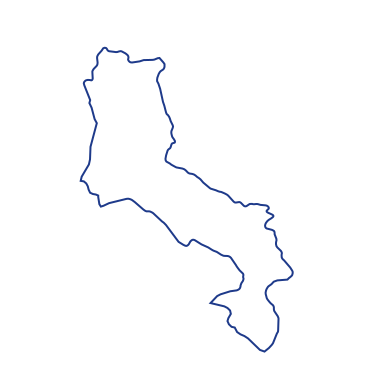 an SVG outline of Lamphun, rotated 314°
{"feature_id": "THA-392", "entity_name": "Lamphun", "entity_type": "Province", "adm_level": 1, "iso_a3": "THA", "parent_name": "Thailand", "parent_adm1": "", "projection": "robinson", "projection_center": [99.014, 18.095], "detail": "fine", "context": "isolated", "style": "outline", "palette": "blue", "viewbox_px": 384, "rotation_deg": 314, "n_neighbors": 0, "source": "natural_earth", "source_scale": "10m", "svg_char_len": 4622}
<svg xmlns="http://www.w3.org/2000/svg" viewBox="0 0 384 384"><g transform="rotate(314 192 192)"><path d="M265.8,75.5L265.3,81.5L264.9,83.4L264.6,83.7L262.9,85.3L261.9,85.8L260.9,86.1L259.9,86.1L257.1,85.5L255.6,85.6L253.7,86.1L250.1,87.7L248.5,88.9L247.5,89.9L246.9,91.7L246.6,92.6L244.1,97.4L236.7,108.5L234.8,112.2L231.3,117.9L230.6,119.3L230.5,120.3L230.6,121.3L230.4,122.3L230.2,123.3L229.5,125.0L228.2,127.4L226.6,131.8L225.9,132.9L224.7,133.6L221.5,134.9L220.5,135.7L219.7,136.6L218.5,138.5L218.0,139.4L217.7,140.5L217.5,141.9L216.9,144.1L216.2,145.0L215.4,145.2L214.7,144.8L214.0,144.4L213.1,144.0L212.1,144.1L209.4,145.5L208.4,145.8L207.5,145.7L206.6,145.5L205.6,145.5L204.8,145.7L200.4,147.9L197.4,149.9L196.4,151.2L196.1,152.5L197.1,156.2L197.3,158.2L198.6,163.0L198.9,163.8L202.2,168.8L202.9,170.4L203.1,171.4L203.2,172.5L203.1,175.6L203.3,176.6L203.6,177.4L205.1,179.5L205.9,181.1L206.3,183.0L206.4,185.2L206.8,187.2L207.0,189.3L206.6,193.5L207.2,202.2L207.4,203.1L207.8,203.9L209.8,207.9L210.8,210.5L211.6,212.0L212.1,212.6L212.5,213.4L213.7,216.6L214.3,218.7L214.5,219.8L214.5,221.3L214.0,228.5L214.1,229.6L214.4,230.4L215.0,231.0L217.0,232.5L217.6,233.0L218.0,233.7L218.2,234.7L218.1,239.0L218.4,239.9L218.9,240.5L219.7,241.0L223.3,241.8L224.0,242.3L224.6,242.9L225.2,243.5L225.6,244.3L226.2,245.0L226.7,245.5L227.4,246.0L228.6,247.2L229.1,247.9L230.3,250.2L233.5,254.2L234.1,255.2L234.4,256.7L234.2,257.8L233.7,258.5L233.0,258.8L231.1,258.7L230.1,258.9L229.7,259.6L229.8,260.5L230.0,261.3L230.3,262.2L230.7,263.2L231.6,265.9L231.5,266.9L230.9,267.5L230.0,267.6L228.1,267.3L225.4,266.6L223.5,266.4L221.6,266.6L220.7,266.8L219.7,267.2L218.7,267.8L217.8,268.9L217.5,270.0L217.6,271.0L220.2,275.6L220.6,276.6L220.9,278.2L220.6,279.0L219.9,279.9L219.0,280.8L217.0,285.1L216.5,285.7L216.0,286.3L214.5,287.2L213.6,287.9L212.8,288.7L211.7,290.4L211.4,292.0L211.4,296.8L211.0,298.2L210.5,299.1L209.3,299.9L208.5,300.6L207.2,302.1L206.8,303.3L206.7,304.4L206.8,305.5L205.9,315.1L205.0,318.8L204.6,319.7L204.1,320.3L203.4,320.9L202.0,321.7L201.2,321.9L199.1,321.8L197.3,321.5L195.3,321.5L187.7,314.8L184.5,313.2L183.5,313.1L181.5,313.2L180.3,313.1L177.8,312.6L176.8,312.5L175.6,312.7L174.3,313.0L172.7,313.6L170.8,314.8L169.8,315.9L167.6,319.5L167.3,320.4L167.1,321.3L166.8,323.5L166.6,325.8L166.8,329.0L166.5,330.0L166.0,330.9L164.5,332.4L163.9,333.2L163.5,334.0L162.2,340.0L161.4,341.7L160.9,342.3L152.4,350.0L151.2,350.9L150.8,351.0L149.1,351.4L139.5,355.3L137.5,355.6L133.3,355.7L127.6,355.0L125.6,350.6L125.6,334.0L124.8,329.8L123.3,325.8L122.6,321.7L124.2,316.9L122.5,314.1L122.5,310.4L123.8,307.2L126.5,305.8L131.3,304.6L133.2,301.7L133.2,298.1L132.2,294.7L125.0,282.5L134.6,282.4L138.2,283.6L147.2,288.5L152.3,292.5L153.7,293.1L155.0,293.4L156.0,293.3L156.8,293.0L157.6,292.6L158.3,292.0L159.3,291.5L160.6,290.9L163.4,290.4L164.7,289.8L165.6,289.1L166.0,288.3L166.5,287.7L167.9,286.7L168.4,286.1L168.7,285.3L168.7,280.7L169.2,277.5L169.6,275.5L169.9,274.6L171.7,265.8L171.7,264.7L171.5,263.7L171.2,262.9L170.7,262.1L170.2,261.5L168.5,259.6L168.0,258.9L167.7,258.1L167.1,256.4L166.3,252.3L166.1,251.4L164.7,248.1L164.2,246.2L163.6,243.2L163.4,242.2L160.9,235.2L159.3,227.5L158.9,226.6L158.4,225.9L157.6,225.4L156.4,225.2L155.1,225.2L152.1,226.0L151.3,226.0L150.4,225.9L149.6,225.6L149.0,225.0L148.6,224.3L148.0,222.5L146.9,217.4L146.8,217.0L150.2,196.2L150.3,193.0L150.0,190.9L149.8,178.9L149.6,177.7L149.0,175.8L148.6,175.0L148.1,174.4L146.4,172.6L145.9,171.2L145.6,169.0L145.0,157.8L144.6,154.7L144.4,153.8L143.7,152.1L142.8,150.7L141.5,149.6L126.4,140.1L120.6,137.9L118.2,136.6L118.9,133.8L123.2,128.1L124.3,127.0L123.4,124.6L121.7,122.1L120.7,119.2L121.9,116.0L123.7,113.1L124.7,110.0L124.5,106.8L122.7,104.2L126.4,102.0L140.2,98.7L144.6,96.0L154.0,87.6L175.4,75.7L176.8,71.3L182.9,61.2L184.7,56.4L187.4,54.9L193.9,40.5L195.0,38.7L195.8,38.2L196.6,38.0L197.4,38.0L198.0,38.0L198.7,38.2L199.4,38.6L200.0,39.0L200.6,39.6L201.6,40.7L202.1,41.6L202.5,42.1L203.0,42.3L203.8,42.2L204.7,41.7L208.7,37.4L209.5,36.6L210.4,36.2L211.3,36.0L212.2,35.8L216.3,35.8L217.4,35.6L218.4,35.1L219.6,34.1L222.4,30.7L223.3,29.9L224.1,29.5L225.8,29.0L231.0,28.8L233.6,28.3L234.4,28.6L235.1,29.0L235.6,29.7L235.9,30.4L235.8,31.3L235.3,32.9L235.4,33.8L235.7,34.6L238.7,38.6L239.2,39.3L239.7,40.0L240.3,40.6L241.0,41.1L242.5,41.9L243.2,42.4L243.8,42.9L244.3,43.7L245.4,47.5L245.6,48.8L245.7,50.7L245.4,51.8L244.8,52.7L244.0,53.3L243.0,53.9L242.5,54.8L242.3,55.8L242.3,56.8L242.6,57.7L243.1,58.4L243.6,59.0L249.6,63.6L253.3,65.6L259.8,72.0L261.2,73.0L264.4,74.4L265.8,75.5Z" fill="none" stroke="#1e3a8a" stroke-width="2"/></g></svg>